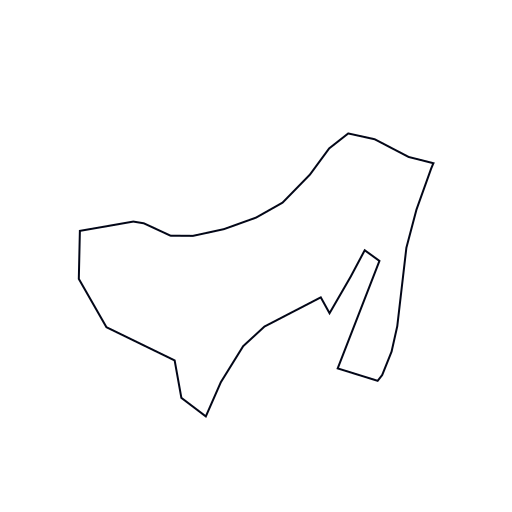 SVG path tracing the border of Rucavas, rotated 208°
{"feature_id": "LVA-5718", "entity_name": "Rucavas", "entity_type": "Municipality", "adm_level": 1, "iso_a3": "LVA", "parent_name": "Latvia", "parent_adm1": "", "projection": "orthographic", "projection_center": [21.181, 56.214], "detail": "fine", "context": "isolated", "style": "outline", "palette": "ink", "viewbox_px": 512, "rotation_deg": 208, "n_neighbors": 0, "source": "natural_earth", "source_scale": "10m", "svg_char_len": 604}
<svg xmlns="http://www.w3.org/2000/svg" viewBox="0 0 512 512"><g transform="rotate(208 256 256)"><path d="M423.3,195.5L380.5,228.8L370.4,232.2L341.0,233.8L321.1,244.2L297.0,264.6L274.0,289.9L257.6,315.6L246.6,353.2L241.9,385.4L232.1,407.5L206.0,414.8L167.7,415.1L142.9,421.2L142.9,420.8L142.4,415.5L136.1,372.3L127.1,333.9L98.3,260.3L91.4,235.2L88.7,210.1L90.0,202.9L131.1,195.1L144.7,309.6L162.7,312.1L162.7,282.2L164.2,240.0L179.4,249.9L215.4,197.7L225.0,170.4L227.8,128.1L225.0,90.8L255.3,95.7L278.8,125.6L354.6,122.9L401.7,152.6L423.3,195.5Z" fill="none" stroke="#020617" stroke-width="2"/></g></svg>